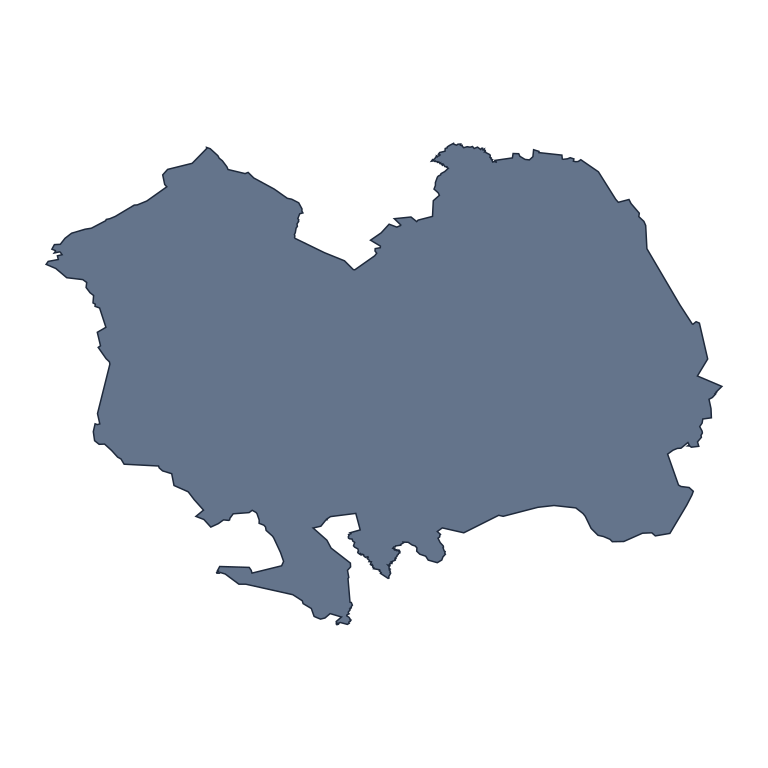 outline of Zvārdes pag., Saldus, Latvia
{"feature_id": "27541924B82314272532739", "entity_name": "Zvārdes pag.", "entity_type": "district", "adm_level": 2, "iso_a3": "LVA", "parent_name": "Latvia", "parent_adm1": "Saldus", "projection": "robinson", "projection_center": [22.598, 56.546], "detail": "fine", "context": "isolated", "style": "filled", "palette": "slate", "viewbox_px": 768, "rotation_deg": 0, "n_neighbors": 0, "source": "geoboundaries", "source_scale": "gbopen_adm2", "svg_char_len": 6083}
<svg xmlns="http://www.w3.org/2000/svg" viewBox="0 0 768 768"><path d="M699.4,323.1L696.1,321.7L693.0,324.2L692.2,323.9L679.9,304.9L646.9,248.7L645.7,225.5L643.9,221.4L638.8,216.6L639.3,213.2L631.0,203.5L629.0,199.5L618.3,202.3L615.7,199.3L598.4,171.8L580.8,159.7L578.2,161.5L575.7,161.7L573.4,161.2L573.9,158.9L570.2,157.7L567.5,158.8L563.2,159.3L562.3,159.0L561.9,155.1L538.9,152.6L539.0,151.4L533.6,149.7L532.9,156.7L529.4,159.9L525.0,159.4L519.9,156.3L518.7,153.7L513.1,153.5L512.4,157.9L495.0,160.4L496.7,162.5L494.8,161.5L492.7,162.0L492.0,160.3L492.5,159.7L490.9,158.8L491.2,157.9L490.0,157.4L490.3,155.7L489.8,154.6L485.9,152.6L485.4,151.6L484.6,151.9L485.2,150.4L483.9,150.0L484.2,149.1L483.0,149.8L482.6,148.2L481.5,148.3L480.7,149.5L477.5,147.1L474.2,148.5L472.5,146.5L470.1,147.2L467.2,146.7L463.7,147.7L462.1,146.0L462.2,145.3L460.5,145.2L460.8,144.0L457.8,144.2L456.6,145.2L453.9,144.2L453.6,143.3L449.4,145.5L447.3,146.9L447.2,147.8L445.2,148.5L445.0,151.2L439.7,152.5L438.4,154.2L439.9,154.7L439.8,155.4L437.8,156.2L436.6,155.8L437.0,156.9L435.7,157.0L435.0,158.5L433.7,159.6L432.6,159.5L431.4,161.2L433.9,160.8L434.6,161.4L435.4,161.0L435.9,161.6L437.8,161.7L437.7,162.4L439.3,162.3L439.8,163.3L440.5,162.9L440.4,163.7L442.2,163.9L441.9,164.6L442.4,165.3L443.4,164.4L444.9,166.6L446.8,166.7L446.6,167.2L448.3,168.3L444.7,171.6L441.0,173.6L440.7,174.8L438.4,176.0L437.4,177.1L435.4,182.5L435.4,185.5L434.0,189.1L438.2,192.8L439.4,195.3L433.3,200.7L432.5,216.4L418.1,220.1L416.7,221.6L411.0,217.0L394.3,218.7L400.8,225.0L400.6,225.5L396.8,227.1L389.1,224.2L381.1,232.9L370.5,240.2L380.4,246.1L380.3,247.7L375.2,248.6L375.0,251.0L376.7,253.2L374.7,255.8L354.8,269.8L353.3,269.6L344.5,260.8L324.5,252.7L295.1,238.4L294.5,237.3L294.9,236.1L294.4,234.5L295.3,232.7L296.1,228.1L297.4,226.4L297.0,223.9L298.6,221.6L298.3,221.4L298.8,219.8L297.8,218.7L299.7,213.8L302.9,212.9L301.9,211.1L302.0,208.9L298.7,202.8L291.7,199.2L287.3,198.3L274.1,189.0L253.8,178.0L248.1,172.4L245.1,173.6L228.0,169.5L226.9,166.8L222.4,160.8L219.2,158.2L217.9,155.7L210.2,148.7L206.5,147.4L206.7,148.5L192.2,163.3L167.6,169.4L162.7,174.9L164.7,184.5L166.8,186.8L146.8,201.0L137.3,204.9L134.2,205.1L115.3,216.4L109.8,218.7L106.3,219.4L105.5,220.8L91.4,228.2L85.1,229.2L71.6,233.2L65.0,238.3L60.3,244.3L54.4,244.6L51.9,249.2L55.4,250.6L55.6,251.1L54.2,253.0L59.5,251.9L60.3,252.2L62.1,254.7L57.4,255.8L58.3,259.5L48.2,261.4L46.1,264.4L55.8,268.5L66.7,277.7L82.8,279.6L86.7,282.5L86.1,287.5L90.1,292.8L93.6,295.5L93.0,302.9L95.3,304.2L95.0,306.3L99.6,308.0L105.9,327.3L97.3,332.3L100.5,345.8L98.2,347.4L106.1,358.7L109.4,361.8L109.9,364.1L97.5,413.6L99.8,423.9L97.3,424.6L95.1,423.8L93.3,431.7L94.6,440.7L99.1,444.3L104.6,444.1L111.6,450.5L117.6,457.1L121.0,459.0L124.1,464.2L158.5,466.0L159.2,467.9L162.6,470.9L171.7,473.7L174.0,485.5L188.2,491.8L194.2,499.7L203.5,510.1L195.9,516.4L203.9,519.5L210.8,527.1L218.4,523.6L223.5,519.9L228.7,520.4L229.6,519.9L229.9,518.3L233.2,513.8L249.1,512.6L252.2,510.3L256.1,512.5L257.0,513.7L259.2,520.0L259.1,523.3L263.9,525.2L265.5,527.0L266.1,530.4L272.5,536.1L273.7,537.9L280.5,552.5L283.6,561.4L281.6,565.8L252.0,573.1L251.2,570.3L249.2,567.4L219.7,566.5L217.4,570.8L219.2,571.4L217.7,571.6L216.6,572.5L216.9,573.2L219.5,573.2L220.3,572.5L225.2,574.0L238.9,584.2L245.7,584.2L292.8,594.7L302.3,600.8L303.1,603.6L311.3,608.5L314.1,616.4L317.0,617.7L320.5,619.1L325.0,618.0L330.1,613.6L341.5,617.0L336.2,621.5L336.4,623.0L337.4,623.2L336.3,624.0L336.9,624.7L338.5,624.2L339.2,622.9L340.3,622.5L347.4,624.4L349.2,623.3L348.8,622.8L349.1,621.8L350.1,621.5L351.0,620.1L350.0,619.8L350.1,619.0L349.0,617.3L346.7,615.8L347.0,614.8L349.1,613.8L348.3,612.9L348.4,611.8L349.9,610.3L349.7,609.7L350.5,608.7L350.0,608.3L351.3,607.7L351.3,606.5L352.4,605.2L351.3,602.5L350.0,602.2L348.0,578.5L348.8,577.5L347.5,570.3L350.6,566.9L350.4,563.1L331.1,548.1L326.9,540.2L313.1,528.0L320.9,526.2L325.8,520.1L327.1,519.7L326.7,519.1L330.5,516.6L355.8,513.4L360.2,529.9L350.3,532.7L351.1,533.1L351.0,533.7L348.6,534.5L349.0,535.3L348.3,536.8L348.5,538.1L349.5,538.8L352.1,539.1L352.8,541.1L354.7,542.4L353.5,545.8L354.6,547.1L357.9,548.9L358.4,551.2L357.7,552.1L357.9,552.8L359.7,554.2L360.4,553.6L361.0,555.0L361.9,554.8L361.5,554.5L361.9,554.1L363.6,554.7L363.8,555.9L365.5,557.4L367.9,556.7L368.2,557.5L367.3,558.6L369.1,560.1L369.5,560.8L369.0,561.6L371.4,561.8L370.4,564.4L371.2,565.0L372.1,564.6L372.1,565.4L372.8,565.5L372.7,567.1L374.0,568.0L373.5,568.7L379.6,569.8L379.9,570.3L379.3,570.9L381.2,572.7L380.5,573.4L388.1,578.4L389.0,578.0L388.7,576.7L390.7,573.1L390.0,572.3L390.3,571.2L389.2,569.9L390.2,569.1L389.0,568.2L389.2,566.7L388.0,565.2L389.9,565.8L390.1,565.0L389.3,564.5L390.2,563.2L391.9,563.5L392.2,562.2L391.4,561.8L395.2,560.2L394.9,559.5L395.9,558.6L395.2,558.1L397.0,556.3L397.1,555.3L398.2,554.5L398.5,553.5L399.9,552.8L399.4,552.2L399.8,551.5L398.9,551.2L399.4,550.7L398.9,550.0L396.9,550.6L396.8,549.7L395.1,550.2L394.3,549.7L395.0,549.0L394.7,548.6L392.8,548.3L393.8,547.0L395.4,546.8L395.6,545.9L400.8,545.2L400.7,544.5L403.5,542.8L403.1,542.1L408.2,542.3L412.1,545.0L415.2,546.0L416.9,547.9L416.7,551.2L419.8,554.2L425.7,556.2L428.2,560.1L437.3,562.7L441.8,560.0L442.9,557.0L445.4,554.2L444.7,553.2L445.2,551.6L444.2,550.9L443.0,547.6L443.5,547.1L443.2,545.9L440.2,542.6L438.0,538.2L439.7,536.9L439.8,535.2L440.5,534.4L437.3,531.5L442.3,527.9L463.8,532.8L498.7,515.3L503.2,516.3L537.9,507.3L554.0,505.5L575.8,507.9L583.0,513.5L585.3,516.4L591.1,528.4L598.0,535.3L603.4,536.5L610.0,539.3L612.3,541.7L623.8,541.5L642.5,533.2L651.8,532.8L655.3,535.9L669.9,533.4L686.7,505.2L691.9,495.1L693.3,491.3L689.1,487.5L681.0,486.5L678.5,485.0L667.6,454.1L673.0,450.2L677.3,448.4L681.0,448.2L687.9,442.5L689.2,445.0L687.7,445.9L689.9,446.1L691.3,447.2L698.8,446.3L697.5,441.9L701.4,437.3L701.0,435.4L702.4,433.0L702.1,431.1L699.7,426.6L702.1,423.1L702.8,419.0L711.4,417.8L711.0,408.6L709.0,399.3L712.4,397.5L715.6,394.0L715.0,393.7L716.6,392.1L716.3,391.9L721.9,386.4L697.4,376.0L707.7,359.0L699.4,323.1Z" fill="#64748b" stroke="#1e293b" stroke-width="1.5"/></svg>